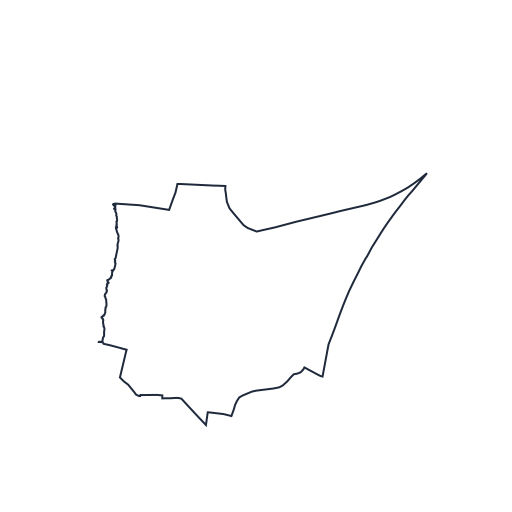 the district of Sidi Gabir, Al Iskandariyah, Egypt, rotated 318°
{"feature_id": "37247803B76316502393625", "entity_name": "Sidi Gabir", "entity_type": "district", "adm_level": 2, "iso_a3": "EGY", "parent_name": "Egypt", "parent_adm1": "Al Iskandariyah", "projection": "albers", "projection_center": [29.945, 31.216], "detail": "fine", "context": "isolated", "style": "outline", "palette": "slate", "viewbox_px": 512, "rotation_deg": 318, "n_neighbors": 0, "source": "geoboundaries", "source_scale": "gbopen_adm2", "svg_char_len": 5425}
<svg xmlns="http://www.w3.org/2000/svg" viewBox="0 0 512 512"><g transform="rotate(318 256 256)"><path d="M186.8,123.2L186.7,123.3L186.3,122.9L186.0,123.2L186.4,123.5L186.1,123.6L186.1,123.8L185.3,124.4L185.2,124.3L184.9,124.3L185.3,124.1L185.5,123.8L185.6,123.6L185.6,123.2L185.5,122.9L185.2,122.3L185.0,122.0L184.8,121.9L184.6,121.9L184.3,122.0L184.2,122.5L184.2,124.1L184.4,125.2L184.2,125.5L183.5,126.2L183.3,126.0L183.0,126.0L182.8,125.8L182.6,125.8L182.3,125.8L182.2,125.9L182.1,126.1L182.1,126.3L182.6,126.8L182.6,127.2L182.8,127.3L182.7,127.5L182.4,127.7L181.6,128.3L181.3,128.7L181.2,128.8L181.2,129.0L181.0,129.9L180.8,130.5L180.7,130.8L180.5,131.0L180.3,131.4L180.0,131.8L179.4,132.2L179.2,132.4L179.1,132.8L178.9,133.4L178.8,133.7L178.6,134.1L178.1,134.5L177.9,134.7L177.8,134.8L177.4,135.5L177.3,135.8L177.0,136.2L175.9,137.1L175.6,137.2L175.3,137.1L175.1,137.3L175.1,137.5L174.9,137.8L174.7,138.0L174.5,138.3L174.0,138.7L174.0,138.9L173.9,139.1L173.8,139.3L173.7,139.4L173.4,139.5L173.2,139.7L172.8,139.7L172.7,139.8L172.4,141.1L172.3,141.3L171.8,141.9L171.6,142.0L170.9,141.9L171.0,141.4L170.9,141.2L170.2,142.1L170.3,142.3L169.2,144.3L168.9,144.9L168.8,145.3L168.6,145.7L168.2,146.6L168.2,146.8L168.1,147.5L167.9,147.7L167.8,148.2L167.2,149.2L166.2,150.2L165.9,150.4L165.4,150.5L165.1,150.9L165.0,151.5L164.7,151.9L164.5,152.2L163.9,152.7L163.4,153.1L163.1,153.3L162.7,153.5L161.5,154.3L161.2,154.6L160.7,154.9L160.3,155.2L160.1,155.4L160.0,155.9L159.8,156.1L159.7,156.3L159.4,156.4L158.9,157.1L158.4,157.6L156.6,159.0L155.8,159.5L150.8,163.2L150.3,163.5L150.0,163.7L149.7,163.7L149.4,163.8L148.8,163.9L148.7,164.1L148.6,164.5L148.5,164.8L148.3,165.2L147.9,165.4L147.8,165.5L147.4,165.7L147.3,165.8L147.3,166.0L147.3,166.3L147.2,166.5L146.7,167.0L146.6,167.5L146.3,167.6L146.1,168.0L144.6,169.1L142.0,170.8L141.5,170.9L140.6,171.1L140.2,171.0L139.6,171.3L139.1,171.4L139.1,170.8L140.4,170.7L139.2,170.5L139.2,169.3L139.0,171.5L138.1,172.0L137.9,172.1L136.1,174.0L135.9,173.8L134.3,174.6L133.6,174.8L133.6,175.2L131.9,175.1L130.9,175.0L130.5,174.9L130.0,174.9L129.9,174.7L129.6,174.5L129.2,174.5L128.3,176.6L128.7,176.8L128.7,177.0L128.5,177.3L128.3,177.3L128.2,177.3L128.0,177.1L127.8,176.9L127.5,176.9L127.5,177.0L127.1,177.3L126.7,177.5L126.3,177.4L126.1,177.4L125.9,177.7L125.8,178.1L125.8,178.3L125.4,178.6L124.8,178.9L124.3,179.2L123.4,179.5L123.0,180.1L122.7,180.4L122.4,181.1L122.4,181.4L122.2,181.8L122.0,182.1L121.6,182.2L121.4,182.2L121.2,182.4L121.1,182.6L120.8,182.8L120.2,183.1L119.7,183.2L118.6,183.3L118.2,183.4L117.8,183.7L117.5,183.9L116.8,184.4L116.8,184.5L116.7,184.7L116.7,185.3L116.6,185.5L115.8,186.9L115.5,188.0L115.4,188.3L114.9,188.9L114.5,189.3L114.0,189.9L113.7,190.3L113.1,191.3L112.8,191.6L111.5,192.9L110.8,193.4L110.6,193.5L110.4,193.5L109.9,193.5L109.6,193.7L109.3,194.0L109.0,194.4L108.6,194.8L108.3,194.9L108.2,194.9L106.5,196.8L106.2,197.1L104.0,198.2L103.9,198.1L103.6,198.1L103.4,198.2L103.2,198.4L103.0,198.5L102.8,198.5L102.7,198.4L102.4,198.1L102.2,198.2L101.8,198.2L101.6,198.1L100.6,198.1L100.2,198.1L100.0,198.4L100.0,198.5L100.1,198.8L100.2,199.3L100.0,199.6L99.9,199.8L100.0,200.0L100.1,200.4L100.0,200.8L99.3,201.8L99.1,201.9L98.8,202.0L98.5,202.4L98.0,202.9L97.6,203.5L96.9,204.4L96.6,205.2L96.1,205.8L95.7,206.0L95.5,206.4L95.6,206.5L95.6,207.0L95.4,207.4L95.0,208.1L94.5,208.9L94.0,209.4L93.7,209.7L93.1,210.0L92.5,210.5L92.3,210.9L92.0,211.2L91.8,211.4L91.6,211.5L91.4,211.7L91.2,212.0L90.7,212.7L90.1,213.2L89.8,213.5L89.3,213.9L88.8,214.1L88.6,214.1L88.1,214.1L86.8,214.9L86.4,215.3L86.2,215.5L85.9,215.7L85.6,216.0L85.3,216.2L85.1,216.5L84.4,217.0L81.9,214.7L81.7,214.8L84.2,217.2L84.2,217.4L84.2,217.7L84.2,218.1L84.2,218.8L84.0,219.3L85.3,221.1L88.1,225.1L97.1,239.1L94.5,240.8L74.2,254.8L73.6,255.2L73.9,260.8L74.9,266.1L74.4,276.2L74.1,278.6L75.2,281.5L76.3,282.6L77.1,282.0L80.3,284.9L89.3,292.8L93.1,296.9L91.1,299.1L94.4,301.9L97.4,304.6L101.7,308.0L103.5,309.8L105.1,312.1L105.2,322.5L105.4,335.7L105.7,348.1L115.5,339.9L116.4,340.7L123.6,348.9L125.9,351.5L126.5,352.3L129.4,356.6L130.6,358.5L136.8,355.2L138.9,353.9L140.8,352.7L144.8,351.0L148.9,349.9L153.0,350.8L153.5,351.0L162.1,354.0L165.9,356.1L180.4,366.2L185.5,369.2L189.3,370.1L195.2,370.1L201.5,369.3L205.0,369.2L208.3,371.2L211.5,372.3L215.1,372.0L217.4,371.2L222.2,384.6L223.7,388.5L224.8,390.1L250.8,370.2L259.0,366.1L267.1,361.9L274.0,358.2L280.2,354.9L288.2,350.8L293.9,348.0L301.6,344.4L312.1,340.1L319.4,337.3L327.9,333.9L336.4,331.0L338.0,330.7L343.3,328.8L345.1,328.1L347.9,327.1L354.0,325.4L358.2,324.2L364.4,322.4L369.9,320.9L373.2,320.1L376.9,319.2L382.0,318.1L385.1,317.4L390.2,316.4L396.5,315.3L404.6,313.7L409.6,312.9L415.2,312.3L436.5,309.2L438.4,308.9L437.7,308.8L428.6,308.4L425.8,308.1L421.7,307.7L418.8,307.3L415.6,306.9L410.7,305.9L406.8,305.0L400.1,303.3L398.1,302.7L396.6,302.3L394.4,301.6L392.6,300.9L390.0,299.9L385.8,298.3L382.7,297.0L379.7,295.6L372.7,292.2L368.6,290.0L348.6,278.9L343.4,276.2L341.4,275.1L338.9,273.8L335.8,272.1L333.2,270.7L330.2,269.1L327.9,267.8L320.1,263.6L317.9,262.4L315.0,260.8L309.3,257.7L288.8,247.2L279.1,241.7L272.9,238.3L268.6,229.7L267.6,225.7L267.4,224.0L267.9,208.6L268.2,202.9L270.5,196.5L270.9,195.9L272.9,192.9L275.4,189.4L277.5,186.1L280.1,183.5L275.4,178.9L271.4,175.1L259.3,163.1L248.6,152.5L245.8,149.9L238.6,155.0L232.5,158.1L222.3,163.6L203.3,140.2L186.8,123.2Z" fill="none" stroke="#1e293b" stroke-width="2"/></g></svg>